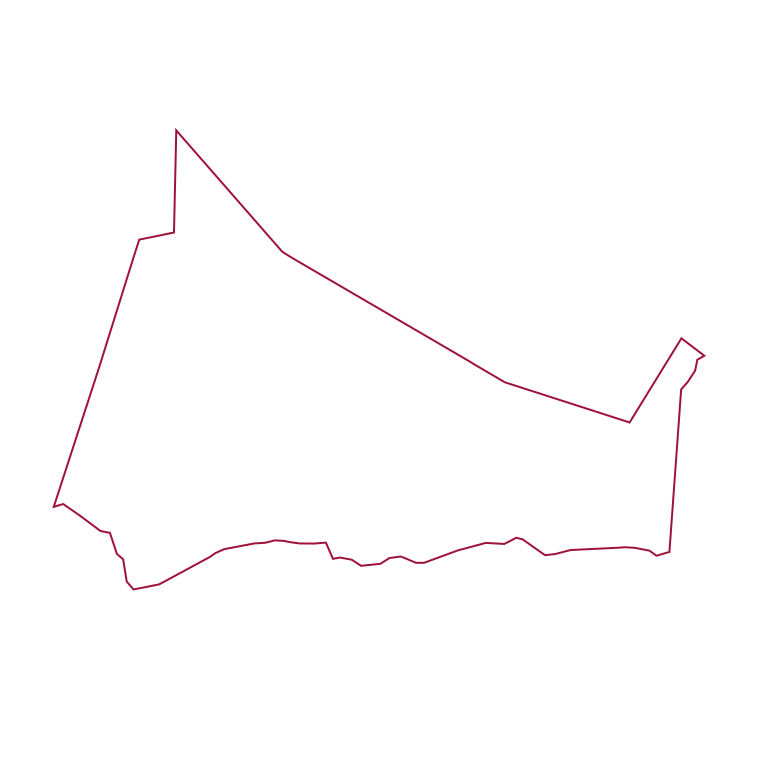 Livramento, Paraíba, Brazil (Equal Earth projection), rotated 6°
{"feature_id": "56859067B46925638575127", "entity_name": "Livramento", "entity_type": "district", "adm_level": 2, "iso_a3": "BRA", "parent_name": "Brazil", "parent_adm1": "Paraíba", "projection": "equal_earth", "projection_center": [-36.91, -7.327], "detail": "fine", "context": "isolated", "style": "outline", "palette": "rose", "viewbox_px": 768, "rotation_deg": 6, "n_neighbors": 0, "source": "geoboundaries", "source_scale": "gbopen_adm2", "svg_char_len": 939}
<svg xmlns="http://www.w3.org/2000/svg" viewBox="0 0 768 768"><g transform="rotate(6 384 384)"><path d="M68.4,540.7L77.5,536.9L96.2,547.2L117.3,559.8L127.0,560.7L136.1,580.9L142.9,585.6L148.8,607.4L156.4,614.5L181.3,606.8L228.8,574.3L234.0,569.8L242.4,564.9L271.8,556.1L282.5,554.3L291.9,550.9L300.4,550.5L307.1,551.1L316.8,551.4L331.1,550.0L342.8,547.8L351.5,563.2L358.3,561.2L370.2,562.1L380.2,567.2L399.2,563.2L407.6,556.5L418.9,553.8L434.6,558.5L442.6,557.6L474.8,541.8L501.8,531.4L520.4,530.5L531.6,523.1L538.1,524.0L562.0,537.4L572.1,535.2L578.7,532.7L587.0,529.6L633.1,522.5L640.3,521.2L650.4,520.7L665.5,522.0L672.9,526.3L685.4,521.2L680.1,358.4L686.1,349.8L692.0,338.2L693.1,327.1L699.6,322.4L675.0,307.5L632.3,396.6L504.1,369.7L472.7,355.5L465.8,352.2L438.1,339.7L283.8,270.2L276.7,266.9L269.0,263.1L150.9,153.5L159.3,255.3L125.5,266.0L121.7,284.2L98.9,397.5L68.4,540.7Z" fill="none" stroke="#9f1239" stroke-width="2"/></g></svg>